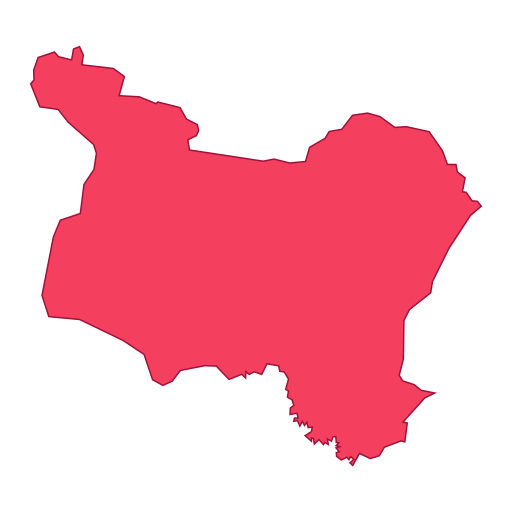 Phon Na Kaeo, Sakon Nakhon, Thailand (Mercator projection)
{"feature_id": "78962969B15613866978457", "entity_name": "Phon Na Kaeo", "entity_type": "district", "adm_level": 2, "iso_a3": "THA", "parent_name": "Thailand", "parent_adm1": "Sakon Nakhon", "projection": "mercator", "projection_center": [104.325, 17.213], "detail": "medium", "context": "isolated", "style": "filled", "palette": "rose", "viewbox_px": 512, "rotation_deg": 0, "n_neighbors": 0, "source": "geoboundaries", "source_scale": "gbopen_adm2", "svg_char_len": 1893}
<svg xmlns="http://www.w3.org/2000/svg" viewBox="0 0 512 512"><path d="M352.7,465.4L359.5,453.5L370.2,458.5L379.3,455.8L384.4,447.2L401.0,440.9L404.8,441.9L407.3,423.0L403.0,422.1L424.8,397.9L434.7,393.0L421.2,390.3L414.3,384.7L402.7,380.9L399.2,375.4L403.4,358.8L403.9,320.6L409.5,309.5L430.7,292.8L432.5,281.5L448.9,248.4L470.4,215.5L481.3,206.2L477.3,201.3L472.0,200.8L466.2,192.3L462.4,191.8L465.1,177.9L457.2,171.8L456.0,164.5L447.4,164.4L442.5,150.8L429.1,131.7L406.3,126.7L394.8,127.4L380.0,116.6L367.5,113.1L352.5,115.3L341.8,129.3L329.2,131.5L325.1,138.3L309.6,147.3L305.5,161.5L289.8,163.0L274.0,159.1L263.2,161.2L189.5,150.0L187.8,139.8L196.3,135.7L198.7,130.7L197.3,124.6L186.5,119.1L180.0,107.6L157.8,102.0L156.1,103.7L139.2,96.8L119.1,95.7L124.4,76.6L113.4,68.5L81.9,64.8L83.3,55.2L79.5,46.6L73.5,49.0L71.6,59.9L58.5,56.7L54.5,52.0L38.1,57.5L33.7,70.1L34.0,79.9L30.7,83.8L39.8,106.8L58.1,109.4L68.3,122.3L93.7,144.6L96.4,153.3L94.0,169.4L84.0,184.4L80.3,213.5L60.3,220.2L53.4,236.8L42.0,295.4L48.8,316.6L79.6,319.5L123.2,340.5L144.1,354.5L152.6,379.7L162.9,385.4L172.3,381.1L180.4,370.4L204.6,365.7L216.3,366.1L229.0,379.4L241.7,374.3L245.6,378.0L245.9,371.7L249.3,374.4L254.1,371.8L261.7,374.4L267.0,363.8L278.7,365.8L279.7,371.3L284.2,371.9L288.5,379.1L285.7,389.4L288.5,391.0L287.4,397.1L292.0,399.8L293.8,405.3L290.3,408.1L290.0,414.5L296.8,413.2L298.2,418.0L294.5,418.0L293.7,421.3L297.5,420.6L299.8,426.1L302.3,421.4L304.5,425.5L306.9,422.1L308.1,427.6L312.3,427.1L311.4,431.6L305.1,435.6L311.5,441.3L311.6,438.0L313.5,438.6L314.3,444.1L319.0,439.6L323.4,444.6L324.9,442.4L328.3,444.5L327.5,439.0L331.5,441.2L333.0,436.8L335.8,436.7L336.2,442.4L338.8,442.8L336.0,445.7L339.7,446.7L336.0,447.9L339.3,451.8L336.3,452.6L336.6,456.4L341.4,460.0L346.8,457.2L348.9,459.7L350.6,456.6L353.8,459.4L349.9,462.8L352.7,465.4Z" fill="#f43f5e" stroke="#9f1239" stroke-width="1.5"/></svg>